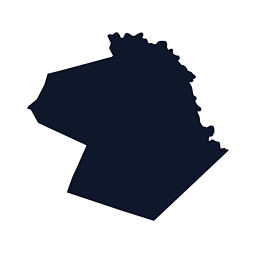 Sullivan, New York, United States of America, rotated 168°
{"feature_id": "52423323B4442832355941", "entity_name": "Sullivan", "entity_type": "district", "adm_level": 2, "iso_a3": "USA", "parent_name": "United States of America", "parent_adm1": "New York", "projection": "mercator", "projection_center": [-74.957, 41.719], "detail": "fine", "context": "isolated", "style": "filled", "palette": "ink", "viewbox_px": 256, "rotation_deg": 168, "n_neighbors": 0, "source": "geoboundaries", "source_scale": "gbopen_adm2", "svg_char_len": 2566}
<svg xmlns="http://www.w3.org/2000/svg" viewBox="0 0 256 256"><g transform="rotate(168 128 128)"><path d="M122.0,32.7L70.2,64.2L34.5,85.9L35.1,85.7L36.0,85.5L38.2,87.8L38.9,87.8L41.1,87.6L41.9,87.9L42.1,88.3L42.4,89.2L42.4,90.6L42.0,92.5L42.0,93.5L42.0,94.0L42.4,94.9L45.6,96.4L47.1,98.0L48.1,98.5L49.0,98.5L50.4,97.5L50.8,97.4L51.7,97.4L52.2,97.9L52.3,98.4L52.2,99.6L51.7,101.6L51.1,102.7L50.8,103.1L50.0,103.4L48.4,103.0L47.3,103.4L45.2,106.1L45.0,106.6L44.7,108.0L44.6,109.0L44.5,110.5L44.6,111.0L44.8,111.5L45.4,112.2L46.7,112.4L47.3,112.4L50.5,111.5L51.3,111.4L51.8,111.7L52.1,112.3L53.1,112.7L54.0,112.9L55.0,113.6L56.7,117.5L56.9,120.0L56.4,123.0L56.7,125.6L57.6,129.5L57.6,130.0L57.4,130.5L57.0,130.7L54.9,130.2L53.6,130.3L53.1,131.1L53.0,131.7L53.4,132.6L55.2,134.4L55.9,135.7L56.9,138.0L57.3,139.9L57.2,140.7L56.9,141.2L55.5,142.5L55.3,143.2L55.5,144.0L55.8,144.3L56.6,144.5L57.6,146.3L57.9,148.3L57.7,152.9L57.9,155.5L58.0,156.1L59.1,158.8L58.9,160.6L58.6,161.1L58.2,161.3L57.9,161.2L57.1,160.5L56.6,160.4L55.1,160.7L54.8,161.1L54.8,161.4L55.2,162.4L55.2,162.9L54.5,163.2L53.3,163.1L52.4,163.3L51.7,163.8L51.7,164.5L52.8,165.8L53.5,166.5L54.3,168.0L55.2,169.3L56.9,170.2L58.3,171.7L59.0,174.3L59.8,176.0L60.7,176.9L61.6,177.5L62.5,177.6L63.0,178.0L65.1,181.7L65.6,183.4L65.6,184.1L65.3,184.6L64.0,185.0L63.6,185.6L63.6,187.1L63.7,187.4L64.0,187.7L65.5,188.0L65.9,188.2L67.2,189.2L68.6,190.6L69.2,191.7L69.3,192.1L69.3,192.6L68.9,193.6L68.6,194.7L68.6,195.3L68.8,195.7L69.6,195.9L71.0,195.5L72.5,195.5L72.9,195.7L73.2,196.2L73.7,198.0L73.8,198.8L73.7,199.4L73.0,201.8L73.0,202.8L73.1,203.5L73.5,204.4L73.9,204.7L76.7,205.5L79.5,205.8L79.9,205.7L81.9,204.5L82.5,203.6L83.4,203.5L85.6,203.9L87.0,205.2L87.7,205.6L89.3,205.6L90.4,206.1L91.2,207.1L91.5,208.5L91.5,209.6L91.8,210.7L92.4,211.1L94.6,211.6L95.3,212.0L95.7,212.5L96.0,213.4L96.0,213.8L94.6,215.5L94.3,216.7L94.4,217.4L94.9,217.8L96.1,218.0L99.0,217.3L101.9,216.2L103.3,216.0L104.4,216.4L105.7,217.4L106.4,218.2L108.5,220.1L109.1,220.4L110.0,220.5L110.5,220.4L111.1,220.1L111.9,218.5L113.0,217.3L114.4,216.5L115.5,216.5L116.0,216.8L117.0,218.0L117.3,218.7L117.3,219.8L117.4,220.2L118.4,222.5L118.8,223.0L119.6,223.3L121.1,223.0L122.6,222.2L123.7,221.8L124.4,221.8L126.0,222.7L127.2,222.8L128.2,222.2L126.3,214.4L129.1,209.9L126.7,201.3L128.7,200.3L182.0,197.5L194.9,197.0L200.0,187.6L208.4,177.3L211.0,174.3L220.9,169.2L221.5,168.2L218.7,166.9L214.2,152.1L171.1,119.8L183.0,103.3L192.2,90.9L200.2,78.0L152.0,49.7L147.5,47.1L122.0,32.7Z" fill="#0f172a" stroke="#020617" stroke-width="1.5"/></g></svg>